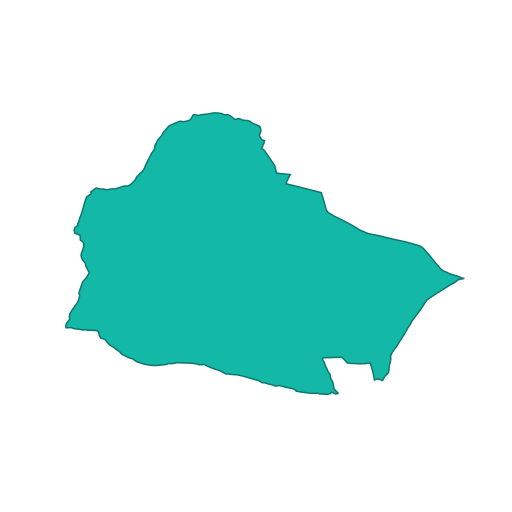 the district of San Jerónimo Zacualpan, Tlaxcala, Mexico, rotated 259°
{"feature_id": "50627088B35723887054559", "entity_name": "San Jerónimo Zacualpan", "entity_type": "district", "adm_level": 2, "iso_a3": "MEX", "parent_name": "Mexico", "parent_adm1": "Tlaxcala", "projection": "mercator", "projection_center": [-98.265, 19.247], "detail": "fine", "context": "isolated", "style": "filled", "palette": "teal", "viewbox_px": 512, "rotation_deg": 259, "n_neighbors": 0, "source": "geoboundaries", "source_scale": "gbopen_adm2", "svg_char_len": 5031}
<svg xmlns="http://www.w3.org/2000/svg" viewBox="0 0 512 512"><g transform="rotate(259 256 256)"><path d="M350.5,106.0L349.3,106.2L348.1,105.9L347.8,104.1L346.3,101.0L341.5,98.1L338.0,96.4L334.7,94.7L331.8,93.3L328.5,91.3L327.1,90.3L323.1,88.4L321.8,87.1L320.0,86.7L319.0,84.9L318.6,83.9L317.1,82.9L316.2,82.5L315.2,82.3L314.1,82.5L313.0,82.4L310.0,87.1L308.1,87.1L305.2,86.6L303.0,88.6L301.0,89.3L298.3,88.7L295.6,87.4L291.9,85.2L290.4,84.4L287.5,84.4L284.9,85.2L282.0,86.8L277.6,87.3L273.8,88.4L271.7,89.2L270.6,88.4L269.7,87.7L268.2,86.4L266.7,85.0L265.8,83.7L265.0,82.5L264.2,81.4L261.8,79.8L257.8,77.5L254.6,75.7L252.7,75.0L252.2,75.5L249.8,75.0L247.7,74.0L245.9,72.9L244.2,71.6L242.5,69.9L241.9,69.2L240.3,67.5L238.6,65.7L236.6,63.9L235.1,62.4L233.7,61.9L232.5,61.2L229.5,61.1L227.4,58.6L226.2,57.3L224.9,56.5L223.7,56.0L222.7,55.8L221.8,55.8L221.6,56.7L221.3,58.6L221.1,59.9L220.8,61.3L220.1,62.4L219.1,64.2L218.9,65.2L218.1,67.3L217.1,70.4L216.5,71.6L216.0,75.5L215.3,76.4L214.4,80.6L213.3,84.9L211.8,87.0L210.6,87.0L207.9,87.0L205.1,88.0L202.9,91.8L198.1,94.4L196.3,95.7L193.3,99.0L191.0,100.9L189.1,102.9L187.4,104.2L185.0,105.6L184.1,106.9L179.9,112.5L178.4,115.6L175.2,118.4L173.3,121.7L170.8,126.2L168.1,134.1L167.6,136.9L167.5,137.7L166.7,146.0L167.1,149.9L166.3,153.3L166.3,155.8L166.3,158.4L165.0,163.8L163.2,171.8L161.2,177.7L160.2,179.2L159.6,181.9L159.5,184.5L157.7,186.5L155.7,189.4L152.9,193.8L150.9,197.9L148.1,201.3L145.9,204.0L145.4,206.5L144.6,208.6L142.9,214.9L140.8,219.8L134.0,233.1L133.3,234.5L130.3,238.1L129.9,240.3L128.3,243.2L126.6,247.0L124.5,250.6L124.4,254.4L123.0,257.3L121.5,259.9L120.0,263.9L118.5,267.1L117.1,268.9L115.6,269.7L114.7,272.0L111.6,281.0L110.3,285.3L109.6,290.3L108.6,292.0L108.2,292.9L108.0,294.4L107.4,296.5L106.9,298.0L106.6,301.0L106.9,302.9L108.1,304.1L106.9,305.6L105.3,307.8L105.3,308.9L105.4,310.3L105.9,310.4L110.6,307.3L111.2,307.2L116.5,307.4L118.2,307.1L120.7,306.3L121.6,306.1L122.1,306.0L122.4,306.0L123.0,306.0L124.1,306.0L125.0,306.1L125.6,306.1L125.9,305.9L126.4,305.8L127.2,305.4L128.0,305.0L129.1,304.6L129.7,304.4L130.0,304.4L130.3,304.4L130.5,304.4L131.8,304.1L133.3,303.6L135.7,303.1L136.9,302.9L137.9,302.9L138.5,302.8L139.5,302.3L140.1,302.1L141.0,301.8L141.8,301.7L142.4,301.6L142.7,301.6L142.9,301.9L143.1,302.0L143.2,302.4L143.1,303.3L142.7,306.0L142.0,309.9L141.5,313.2L141.0,316.1L140.6,318.6L140.3,320.9L139.0,321.9L133.5,325.3L132.3,329.4L131.9,331.2L130.4,337.1L129.5,342.6L129.3,347.7L125.4,348.1L119.8,348.6L115.0,348.7L114.2,348.7L111.7,348.6L111.9,350.4L111.9,352.5L111.8,353.3L111.7,353.6L110.9,354.4L110.2,355.2L109.8,355.7L109.7,356.2L109.8,356.6L111.1,357.6L113.0,359.2L114.4,361.1L115.7,363.2L116.4,363.8L117.9,364.5L120.4,365.2L123.0,365.9L126.2,367.6L129.4,368.7L131.5,368.9L133.9,370.2L135.8,371.8L138.2,374.3L140.8,377.2L144.2,380.3L148.7,384.5L151.1,386.9L155.8,390.8L160.0,394.9L162.6,396.9L165.0,399.6L166.2,400.9L172.1,407.4L175.8,411.0L180.2,415.3L181.6,418.5L183.6,423.1L186.8,431.5L190.7,441.4L191.9,445.7L194.2,450.0L194.2,456.2L195.2,453.8L196.5,451.9L198.0,449.6L199.6,446.5L200.8,444.2L202.4,441.5L204.1,439.5L205.2,437.4L206.5,436.3L208.1,434.8L211.0,433.3L215.7,430.5L221.6,427.5L226.3,424.9L231.8,421.5L234.2,419.4L239.3,409.8L241.3,405.6L243.5,400.5L246.0,394.7L247.4,391.5L249.4,387.1L251.0,383.9L252.8,379.7L254.4,375.8L255.2,373.8L256.5,370.7L257.7,368.8L260.2,365.1L262.0,362.5L264.7,359.7L267.2,356.9L272.7,350.1L276.6,345.3L279.0,341.9L280.3,340.1L281.2,339.3L282.8,337.4L285.4,334.8L288.4,333.6L290.6,333.6L296.9,333.1L298.5,332.9L301.0,332.8L304.5,332.2L305.7,332.3L317.8,306.7L321.2,299.2L324.5,301.3L329.4,305.2L333.4,292.0L339.0,291.7L341.2,291.6L357.9,284.4L360.6,282.0L365.4,285.4L367.6,286.4L368.1,285.3L368.5,284.5L369.2,284.0L370.1,283.4L371.6,282.8L373.0,282.5L374.1,282.5L374.8,282.7L375.3,283.0L376.2,283.8L377.1,284.4L378.0,284.7L379.1,284.8L381.0,284.8L382.0,284.5L382.6,284.2L383.2,283.6L384.3,282.0L385.7,279.7L385.9,279.4L386.6,278.4L387.5,277.3L389.0,276.1L389.9,275.1L390.7,273.3L391.1,271.5L391.8,269.4L392.2,268.3L393.9,266.1L394.2,265.5L394.4,264.4L394.0,263.0L394.1,261.7L395.0,260.5L398.2,257.9L399.8,255.7L400.4,254.7L400.4,253.4L400.5,252.5L401.5,250.5L402.4,249.5L403.1,247.4L403.8,245.4L404.1,243.9L404.5,241.9L404.6,239.9L404.5,237.2L404.8,232.8L405.2,229.6L405.0,227.2L405.0,226.0L405.5,224.8L406.3,223.3L406.7,221.9L406.3,221.1L405.6,220.4L403.1,218.4L402.2,217.2L401.6,214.3L401.7,210.2L402.8,207.5L402.3,204.2L401.7,201.5L400.9,198.3L400.2,195.3L398.8,193.5L397.8,192.1L397.0,191.3L395.0,188.6L392.2,186.4L390.2,183.7L388.7,181.8L386.5,180.2L384.0,178.0L380.4,176.9L378.6,175.2L376.8,173.0L374.0,171.1L371.4,168.8L365.0,164.1L362.6,162.6L360.5,160.3L359.4,158.1L358.2,156.7L356.8,154.4L353.3,151.4L351.0,148.0L349.7,145.7L349.2,143.2L349.7,141.0L349.8,138.8L349.4,136.3L349.1,133.3L348.7,130.4L349.5,127.2L349.4,122.5L351.2,118.1L351.1,116.8L351.8,115.2L353.1,112.5L352.9,111.2L352.0,109.3L351.1,107.7L350.5,106.0Z" fill="#14b8a6" stroke="#0f766e" stroke-width="1.5"/></g></svg>